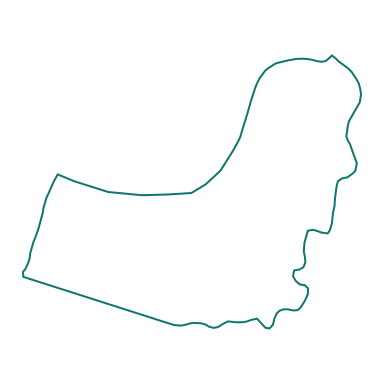 Colares, Pará, Brazil (Natural Earth projection)
{"feature_id": "56859067B45102544726331", "entity_name": "Colares", "entity_type": "district", "adm_level": 2, "iso_a3": "BRA", "parent_name": "Brazil", "parent_adm1": "Pará", "projection": "natural_earth1", "projection_center": [-48.239, -0.919], "detail": "fine", "context": "isolated", "style": "outline", "palette": "teal", "viewbox_px": 384, "rotation_deg": 0, "n_neighbors": 0, "source": "geoboundaries", "source_scale": "gbopen_adm2", "svg_char_len": 1700}
<svg xmlns="http://www.w3.org/2000/svg" viewBox="0 0 384 384"><path d="M23.4,276.9L168.5,323.3L174.4,325.1L181.6,325.6L185.6,324.7L190.7,323.3L194.3,322.9L201.3,323.3L206.0,324.7L209.1,326.7L213.6,327.9L217.8,327.1L221.7,324.7L224.8,322.9L228.1,321.4L236.2,322.3L242.9,322.2L246.3,321.6L252.0,319.7L257.0,318.7L262.6,324.7L265.3,327.7L269.5,328.5L272.9,324.7L274.6,318.1L276.7,313.5L279.6,310.7L283.6,309.3L287.9,309.3L293.3,310.5L297.7,310.1L300.7,307.4L304.9,300.7L307.8,294.3L308.0,288.4L304.9,285.2L299.7,284.4L295.9,281.1L293.0,276.2L294.2,270.4L299.2,269.6L303.3,267.3L305.4,262.5L304.9,257.0L303.8,251.3L304.5,242.5L307.8,230.8L312.8,229.8L317.2,231.0L322.1,232.7L327.7,233.4L330.0,230.0L332.0,222.9L332.6,216.4L333.3,211.2L334.5,206.1L335.0,198.4L335.8,192.1L336.4,187.6L337.8,181.4L341.8,178.5L347.4,177.3L353.0,173.3L355.5,170.4L356.8,163.1L352.9,152.4L350.0,144.2L347.6,140.0L346.3,136.3L347.0,132.1L347.6,127.3L348.8,121.5L350.9,117.9L352.9,114.3L356.3,108.4L359.8,102.2L361.0,94.5L360.4,89.7L358.8,83.5L355.7,77.9L351.6,71.9L348.1,68.3L338.6,61.4L335.7,58.4L332.0,55.5L328.1,59.1L325.2,61.2L321.2,61.8L316.5,61.0L312.5,59.9L309.1,59.3L304.0,58.7L295.9,58.9L292.4,59.7L288.1,60.3L284.7,61.2L278.3,62.7L275.1,63.7L272.0,65.8L268.2,68.3L265.5,70.3L262.8,73.9L259.7,78.1L257.0,83.4L255.1,88.2L251.3,99.9L249.9,104.7L247.0,114.9L242.6,129.0L241.5,132.7L240.2,137.1L237.5,142.6L232.8,151.1L220.5,170.6L206.0,184.1L191.4,193.0L167.7,194.5L141.8,195.2L108.2,192.0L74.7,181.4L57.7,174.4L53.4,182.3L50.3,189.4L48.5,193.4L46.5,197.7L43.4,208.3L42.9,212.3L38.2,229.6L33.1,243.2L30.2,253.4L29.7,258.1L28.0,263.4L25.6,268.7L23.0,272.0L23.4,276.9Z" fill="none" stroke="#0f766e" stroke-width="2"/></svg>